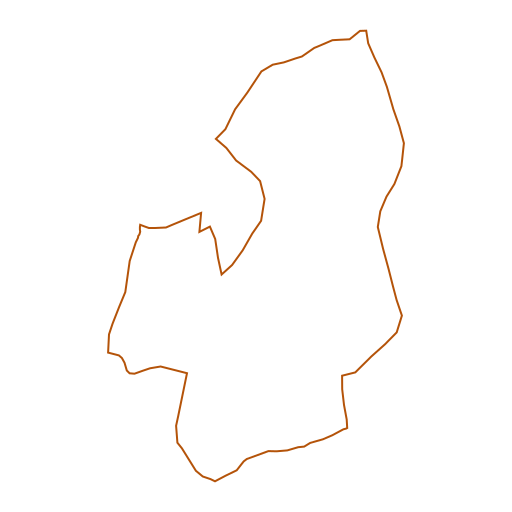 Ika North East, Delta, Nigeria
{"feature_id": "59680162B56433787774877", "entity_name": "Ika North East", "entity_type": "district", "adm_level": 2, "iso_a3": "NGA", "parent_name": "Nigeria", "parent_adm1": "Delta", "projection": "natural_earth1", "projection_center": [6.281, 6.235], "detail": "fine", "context": "isolated", "style": "outline", "palette": "amber", "viewbox_px": 512, "rotation_deg": 0, "n_neighbors": 0, "source": "geoboundaries", "source_scale": "gbopen_adm2", "svg_char_len": 1558}
<svg xmlns="http://www.w3.org/2000/svg" viewBox="0 0 512 512"><path d="M272.7,64.7L261.4,71.4L247.4,92.5L235.1,109.3L225.4,129.2L215.9,138.9L226.4,148.0L236.1,160.5L251.2,171.8L260.1,181.1L264.6,198.9L261.1,220.8L255.8,228.5L252.3,233.5L242.7,250.3L232.1,265.0L221.6,274.5L218.0,257.8L215.2,239.0L209.9,226.6L199.4,231.9L201.1,212.9L186.5,218.9L171.8,225.0L166.0,227.5L161.6,227.7L155.0,228.0L148.9,228.0L144.4,226.4L140.2,224.8L139.9,227.0L139.9,229.7L140.2,231.7L139.4,234.5L138.2,236.1L138.0,237.8L135.8,242.3L129.7,261.0L125.3,292.1L119.2,306.8L112.6,323.6L109.0,334.4L108.1,352.6L118.9,355.4L121.9,358.0L124.5,362.7L126.8,370.5L129.6,373.3L134.5,373.7L142.9,370.7L150.0,368.3L160.6,366.5L187.0,373.2L178.2,416.1L176.1,425.8L177.4,442.7L181.9,448.3L195.9,470.8L202.8,476.5L210.5,479.1L215.0,481.3L225.6,475.7L236.7,470.3L241.0,464.8L243.7,461.4L246.8,459.0L268.4,451.1L276.5,451.3L287.3,450.4L298.2,447.2L304.2,446.6L310.2,442.9L322.9,439.3L332.2,435.3L343.4,429.3L346.1,428.6L347.2,428.0L346.7,419.5L344.0,404.9L342.2,389.3L342.1,375.7L355.3,372.4L358.7,369.0L367.0,360.8L371.2,356.6L385.3,344.0L388.3,340.9L396.7,332.4L401.9,315.6L396.6,300.0L393.0,286.4L388.5,268.7L383.1,248.9L377.8,227.0L380.3,211.3L386.5,196.6L394.4,184.0L401.4,166.2L402.2,159.1L403.9,143.2L399.4,126.5L393.2,108.8L393.0,108.0L386.9,86.9L381.6,72.4L374.3,57.3L368.2,43.3L366.2,30.7L360.0,30.9L349.6,39.3L339.3,39.8L332.4,40.2L326.4,42.8L317.3,46.7L314.3,47.9L310.4,50.6L301.9,56.5L295.3,58.5L291.2,59.9L283.8,62.4L272.7,64.7Z" fill="none" stroke="#b45309" stroke-width="2"/></svg>